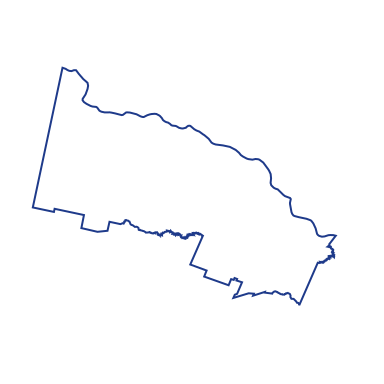 General Obligado, Santa Fe, Argentina, rotated 282°
{"feature_id": "61730980B672443386534", "entity_name": "General Obligado", "entity_type": "district", "adm_level": 2, "iso_a3": "ARG", "parent_name": "Argentina", "parent_adm1": "Santa Fe", "projection": "equal_earth", "projection_center": [-59.736, -28.744], "detail": "fine", "context": "isolated", "style": "outline", "palette": "blue", "viewbox_px": 384, "rotation_deg": 282, "n_neighbors": 0, "source": "geoboundaries", "source_scale": "gbopen_adm2", "svg_char_len": 6108}
<svg xmlns="http://www.w3.org/2000/svg" viewBox="0 0 384 384"><g transform="rotate(282 192 192)"><path d="M143.8,39.5L143.8,61.1L147.0,61.1L147.0,91.1L133.7,91.3L133.4,107.8L136.5,117.4L145.7,117.5L145.7,128.7L147.1,130.7L146.9,131.7L148.3,132.1L148.4,132.3L148.9,132.4L149.2,132.0L150.0,132.9L150.6,132.7L150.9,133.3L150.6,134.4L150.7,135.4L150.1,136.5L150.1,137.0L147.7,138.6L147.2,139.6L147.2,140.8L146.0,143.4L146.5,145.0L146.3,146.1L145.6,147.2L144.0,147.7L143.8,148.1L143.9,149.1L144.1,149.3L143.8,150.0L143.9,151.0L143.7,151.6L143.7,153.0L143.1,154.8L142.7,155.3L143.3,157.6L144.0,158.8L143.8,159.1L143.8,159.4L143.6,159.4L143.4,159.7L143.7,160.1L143.3,161.3L143.3,162.0L143.8,162.6L143.6,163.0L143.9,163.2L144.0,163.7L144.2,163.9L144.0,164.4L144.7,164.4L144.7,164.8L145.1,165.1L144.9,165.8L145.3,166.2L144.4,167.3L143.5,167.2L143.3,167.6L143.1,167.5L142.9,167.9L143.2,168.2L143.0,168.8L143.4,168.5L143.6,168.5L143.5,169.1L143.7,169.4L143.3,169.7L143.6,169.7L143.6,170.1L143.8,169.8L144.0,170.1L143.5,171.2L144.5,171.0L144.2,171.6L145.1,171.5L146.1,171.8L145.9,172.7L146.3,172.9L146.6,173.4L147.1,173.4L147.3,173.6L147.7,174.8L148.1,175.1L148.0,175.6L148.5,175.9L149.1,175.6L149.1,176.1L148.7,176.3L148.8,177.0L148.1,176.9L149.1,177.6L149.0,178.2L148.4,178.6L149.7,179.1L149.2,179.6L149.0,179.2L148.3,180.1L148.6,180.9L148.4,181.1L148.4,181.5L147.6,181.5L147.4,181.8L147.1,181.7L147.3,182.3L147.8,182.3L147.8,182.7L147.2,182.4L146.6,182.9L146.9,183.5L147.7,183.4L147.8,183.6L147.4,183.9L146.6,183.6L146.6,184.2L147.1,184.7L146.3,185.1L146.6,185.3L147.2,185.0L147.2,185.6L147.7,185.2L147.8,185.4L147.4,186.0L147.7,186.5L147.9,186.1L147.9,185.5L148.2,185.5L148.4,185.8L148.3,186.1L147.9,186.8L148.4,187.1L148.7,186.6L148.8,186.9L148.5,187.4L147.7,187.6L147.8,188.3L147.4,188.2L147.7,188.8L148.3,188.7L148.0,189.4L147.3,189.8L147.2,190.1L146.5,190.0L146.4,190.3L146.7,190.6L145.5,190.6L145.3,190.9L145.5,191.4L145.1,191.8L145.5,192.0L145.7,192.4L145.3,193.1L145.1,193.1L145.0,193.5L145.7,193.7L145.3,194.3L145.9,194.5L145.5,194.8L144.9,194.7L144.8,195.2L145.0,195.5L146.0,195.1L146.1,195.5L146.6,195.6L146.7,196.0L146.2,196.6L146.2,197.0L146.9,197.1L146.9,196.4L147.6,197.0L147.7,196.7L147.3,196.3L147.6,196.2L147.7,196.4L148.6,196.4L148.4,196.7L148.6,197.0L149.2,197.0L148.8,197.2L148.7,197.6L149.6,197.4L149.5,198.0L150.1,198.1L149.8,198.8L150.4,199.0L150.1,199.7L150.4,199.7L150.5,200.0L150.2,200.4L149.9,200.4L150.1,200.8L149.9,201.2L150.2,201.6L150.9,201.5L150.7,201.8L151.1,201.8L150.9,202.3L151.5,201.9L151.4,202.4L151.7,202.3L152.1,202.5L152.1,202.1L152.3,201.8L152.5,202.4L152.2,203.5L152.6,203.8L152.3,204.1L152.8,204.7L152.6,205.4L152.9,205.4L152.7,205.8L152.2,206.0L152.2,206.6L153.2,206.4L153.3,206.6L152.8,207.7L151.9,207.9L151.9,208.4L152.2,208.7L152.0,209.5L152.3,209.0L152.6,209.1L151.8,211.0L151.3,211.0L151.3,211.7L120.7,205.4L118.2,222.6L111.8,221.5L108.4,247.2L114.9,248.4L114.7,251.1L116.7,251.5L116.3,254.2L114.7,253.9L114.1,259.7L101.8,257.3L100.4,255.2L97.0,254.5L104.7,268.5L105.4,273.7L103.3,273.3L109.4,284.0L108.7,283.9L109.3,291.6L110.1,291.7L111.8,293.2L112.2,294.4L112.1,294.6L111.9,296.2L111.7,296.3L111.7,296.7L111.2,297.5L111.1,298.8L110.7,299.3L110.5,300.5L110.8,301.5L110.5,301.9L110.8,303.7L111.5,303.9L111.6,304.6L112.2,305.3L112.6,305.3L112.6,305.9L113.2,306.7L113.0,307.0L112.7,308.8L111.3,309.9L109.7,310.1L108.2,311.5L108.6,313.6L106.5,316.8L105.5,317.7L105.6,319.0L104.9,320.0L104.3,320.1L104.3,320.6L148.8,329.7L148.7,330.0L149.1,330.5L149.0,331.2L149.2,331.4L149.5,331.1L149.7,331.4L149.4,332.2L149.9,333.2L150.1,333.4L150.3,333.1L150.3,333.8L150.7,333.9L150.6,334.3L150.1,334.1L150.0,334.6L150.5,335.0L150.4,335.3L150.7,335.4L151.1,335.0L151.3,335.6L151.6,335.4L152.5,335.9L152.4,336.7L153.0,337.2L152.9,337.6L153.1,337.8L154.0,337.3L154.7,337.9L154.6,338.1L154.1,338.1L155.1,339.0L155.0,339.7L155.4,339.6L155.4,340.0L156.1,339.6L156.3,340.2L156.5,339.8L156.7,340.1L156.9,339.6L156.9,339.9L157.0,339.9L156.9,339.2L157.6,339.0L157.8,339.8L158.1,340.2L157.8,340.4L157.9,341.0L158.2,341.3L158.4,340.8L158.5,341.1L158.0,341.9L158.3,343.1L158.1,343.3L158.1,344.1L157.8,344.5L158.3,344.5L158.5,344.0L159.0,343.9L159.3,344.2L159.9,344.2L159.9,343.8L159.6,343.3L159.8,343.2L159.7,342.5L160.1,342.6L160.1,343.2L160.6,343.3L160.7,342.9L161.2,342.8L161.1,342.6L161.4,342.2L161.8,342.6L161.9,341.8L162.4,341.8L162.5,341.4L163.1,341.6L163.3,342.1L163.7,341.8L164.2,342.2L164.8,341.9L165.1,341.2L165.3,341.5L165.6,341.0L165.7,340.2L165.6,339.8L166.0,339.5L167.0,339.3L166.9,338.9L167.2,339.0L167.5,338.8L167.1,338.0L167.2,337.4L166.8,337.6L166.7,337.4L166.7,336.1L167.8,337.1L168.9,337.4L169.5,337.1L179.1,341.7L179.2,338.8L178.9,338.0L178.8,336.8L178.1,334.4L176.1,330.9L175.3,328.4L175.5,325.5L176.2,324.0L177.1,323.0L182.1,320.5L186.5,317.2L188.4,315.0L189.0,313.9L189.6,309.6L189.6,301.6L189.8,297.4L190.1,296.1L191.4,294.6L193.0,293.5L200.3,290.5L201.7,290.1L205.6,290.1L206.5,289.2L207.3,283.8L208.2,281.9L212.4,275.3L212.6,273.0L213.2,271.0L215.0,268.2L217.2,267.0L221.8,266.5L225.9,265.2L228.7,263.1L230.0,261.9L235.6,255.6L237.6,251.3L237.8,250.0L237.5,247.3L236.2,244.4L235.9,240.2L236.1,238.5L237.3,234.4L238.3,232.1L240.1,229.9L242.2,226.1L244.0,219.7L244.0,212.6L243.4,205.3L243.7,202.8L244.4,200.8L247.5,197.3L250.2,192.2L250.6,191.0L252.6,186.6L253.1,183.5L253.9,181.1L256.3,176.7L256.3,175.7L255.9,174.5L254.4,173.1L253.6,172.7L252.2,169.8L252.0,168.3L252.1,165.9L253.1,163.1L253.2,162.0L252.9,159.4L253.0,158.0L254.0,156.4L254.9,154.2L255.0,152.2L255.5,150.4L256.4,148.6L257.9,147.3L259.6,145.0L260.1,143.9L260.9,141.0L260.7,139.1L259.9,136.4L259.2,134.7L257.8,132.3L255.3,129.2L255.1,127.8L255.3,125.9L256.5,121.6L256.8,114.7L256.4,111.9L256.1,111.0L253.1,108.4L252.6,107.2L252.9,100.3L252.9,96.7L252.8,95.0L251.7,90.0L251.7,86.8L252.0,85.4L252.4,84.4L254.8,81.8L255.3,80.6L254.9,76.9L255.1,74.9L256.3,70.5L257.5,67.6L259.0,65.9L260.4,65.7L265.3,67.6L271.0,68.4L274.3,68.3L277.1,67.1L279.9,62.1L284.1,56.6L287.0,53.3L286.6,51.2L285.2,49.0L285.0,46.8L285.4,44.8L286.2,42.8L286.6,39.5L143.8,39.5Z" fill="none" stroke="#1e3a8a" stroke-width="2"/></g></svg>